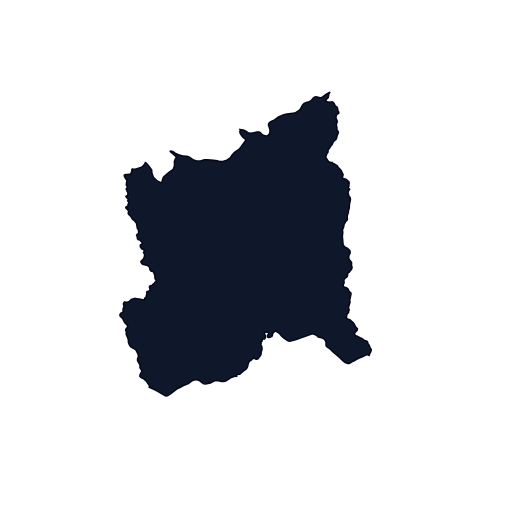 Murrupula, Nampula, Mozambique, rotated 225°
{"feature_id": "85939544B53018455745149", "entity_name": "Murrupula", "entity_type": "district", "adm_level": 2, "iso_a3": "MOZ", "parent_name": "Mozambique", "parent_adm1": "Nampula", "projection": "robinson", "projection_center": [38.672, -15.419], "detail": "fine", "context": "isolated", "style": "filled", "palette": "ink", "viewbox_px": 512, "rotation_deg": 225, "n_neighbors": 0, "source": "geoboundaries", "source_scale": "gbopen_adm2", "svg_char_len": 6151}
<svg xmlns="http://www.w3.org/2000/svg" viewBox="0 0 512 512"><g transform="rotate(225 256 256)"><path d="M319.5,424.3L320.8,419.9L321.4,415.3L322.0,413.6L326.1,411.1L326.9,409.9L327.2,408.5L326.9,404.6L327.7,402.2L329.1,399.9L329.9,397.7L329.8,395.6L328.4,390.7L328.6,388.8L329.3,385.6L329.8,384.4L334.9,377.8L336.4,375.2L338.5,370.1L339.2,364.9L340.6,361.4L340.8,359.3L340.5,358.2L339.7,357.4L335.7,355.3L334.0,353.8L332.8,351.9L332.9,349.3L333.5,348.1L336.3,346.5L337.8,346.2L340.4,346.3L341.7,345.7L342.9,344.5L345.5,340.3L347.9,337.8L351.8,337.0L354.1,336.1L356.8,334.1L355.9,333.7L355.2,332.3L353.8,331.5L349.8,330.7L345.6,331.1L345.1,330.8L343.4,320.0L344.5,313.9L344.3,310.3L343.6,307.5L344.4,303.0L346.4,299.2L348.9,296.9L351.1,295.7L354.8,292.8L358.4,289.7L360.6,287.5L362.6,283.7L365.0,281.3L368.4,279.6L372.6,278.9L374.2,278.3L375.3,277.7L378.6,274.9L382.4,272.8L385.9,271.5L388.2,271.2L389.6,270.6L390.7,269.7L390.5,269.2L382.1,269.8L381.9,268.1L380.5,265.0L378.3,263.1L377.1,261.4L375.9,258.9L375.9,258.2L376.7,253.6L377.2,246.8L376.9,245.5L374.9,241.9L374.7,241.1L375.7,240.3L379.2,239.2L384.1,239.1L388.2,241.0L390.7,243.1L395.2,243.8L399.5,244.1L400.3,243.8L399.7,242.4L399.5,238.3L402.3,232.7L403.8,230.8L405.0,230.1L405.0,229.5L403.7,228.1L403.2,226.6L402.7,226.2L402.6,225.1L406.1,221.0L406.3,220.0L405.7,219.4L402.6,218.4L401.0,218.5L398.0,214.5L395.9,214.0L395.5,213.5L395.2,211.6L394.5,211.2L393.8,211.3L393.0,210.6L391.8,210.4L390.8,209.7L389.4,207.8L390.2,206.6L389.9,206.0L386.3,205.7L385.8,205.3L385.7,204.2L384.3,204.2L383.4,203.7L383.1,202.1L381.9,200.8L382.6,198.9L382.4,198.2L381.9,197.9L379.0,197.9L377.0,197.2L376.9,196.1L375.7,195.4L372.6,195.5L369.3,194.7L366.9,195.0L363.6,194.6L359.4,191.6L357.9,191.5L355.4,189.5L355.0,188.2L355.4,187.0L355.0,186.1L353.4,185.5L352.3,184.5L350.9,184.2L349.8,185.1L346.6,185.1L345.1,184.3L345.0,183.1L345.6,182.5L345.6,181.9L344.0,180.6L341.6,180.2L341.0,180.9L338.8,180.9L338.3,180.2L338.0,178.9L335.6,178.2L334.0,175.8L333.5,174.0L333.6,171.0L332.7,170.1L330.8,169.9L330.0,170.1L326.3,172.4L324.5,172.9L323.0,172.5L321.5,171.4L320.6,171.2L319.6,171.1L317.7,172.2L316.8,172.1L313.4,170.5L312.4,169.3L311.0,168.5L308.9,168.0L308.6,167.4L308.9,165.9L308.6,165.1L308.9,162.8L308.7,162.0L308.9,161.1L309.4,160.8L309.8,160.0L309.7,159.1L309.1,158.4L307.1,157.4L306.9,156.7L307.0,154.9L307.8,154.1L307.8,153.1L306.7,152.5L305.4,150.2L304.8,149.6L304.8,147.2L304.0,146.7L303.9,146.0L304.3,145.5L308.8,142.6L309.7,141.7L311.6,140.5L313.5,137.1L313.4,134.5L313.8,133.1L314.9,131.6L316.5,130.5L316.5,129.9L316.2,128.8L315.3,127.9L313.9,127.3L312.4,124.3L310.7,122.9L310.5,121.2L311.1,120.3L311.0,118.8L310.2,117.7L309.3,117.4L306.0,117.5L301.9,116.1L298.3,116.0L297.1,115.7L296.6,114.8L296.2,112.0L295.7,111.4L293.6,110.4L292.7,109.0L287.8,106.9L286.0,105.7L285.5,104.9L283.4,103.9L281.5,103.3L279.8,103.3L275.8,104.5L274.2,104.6L269.8,103.1L268.0,101.7L267.1,99.6L265.7,98.2L260.9,96.9L259.0,94.9L256.2,94.4L255.2,93.7L254.1,90.2L253.3,89.0L252.8,88.7L250.9,88.9L248.5,89.8L244.9,89.9L240.4,89.1L238.9,88.4L238.7,87.7L231.9,90.2L221.0,93.1L220.1,94.0L219.5,95.6L219.0,97.8L217.9,106.3L216.7,109.4L215.6,113.3L213.6,118.0L213.0,122.5L211.7,125.2L210.4,126.5L208.3,127.8L202.9,128.5L201.1,129.9L198.5,133.8L197.0,138.6L194.9,140.8L191.5,143.0L189.9,144.7L188.9,146.4L187.7,152.3L186.2,155.5L184.6,157.3L185.4,158.1L185.5,159.1L184.3,160.3L183.8,161.3L183.6,165.4L183.0,169.3L183.5,171.3L185.9,175.4L186.2,177.7L185.7,178.5L185.8,180.9L185.2,182.2L182.7,183.2L181.9,184.7L182.6,189.3L183.7,191.1L184.3,191.6L185.5,193.9L186.9,195.4L188.4,196.3L189.9,196.6L190.7,198.0L191.6,198.5L191.5,200.0L192.6,201.8L192.4,202.4L191.5,203.0L191.3,203.6L191.4,204.3L193.1,206.3L195.7,207.3L195.9,207.9L195.0,209.4L193.9,210.3L192.5,210.5L192.1,210.2L191.8,208.1L190.8,206.8L190.0,206.9L189.0,207.7L187.9,210.3L188.2,211.4L189.3,212.7L189.5,215.6L189.2,216.6L187.8,217.3L187.2,217.2L185.0,217.8L181.0,217.5L177.8,217.7L173.9,218.5L172.0,219.4L168.8,224.8L161.5,240.2L160.8,241.1L158.6,242.2L156.5,242.7L154.6,242.7L151.6,244.7L149.2,245.5L147.5,245.3L145.7,244.7L143.5,242.5L142.7,242.0L141.6,242.0L137.4,242.7L134.0,242.6L126.1,243.3L119.8,243.4L117.6,243.7L114.9,245.0L113.9,246.3L113.3,249.3L112.5,251.2L111.2,256.1L109.5,259.9L108.1,264.2L106.8,265.4L105.7,265.7L106.4,267.0L107.2,269.6L108.2,271.3L111.0,271.9L112.1,272.7L114.9,273.2L116.1,274.0L117.2,274.2L119.9,272.9L123.1,272.5L123.8,272.0L128.0,270.8L129.2,269.9L130.9,270.4L131.5,271.1L131.9,271.8L131.9,274.9L132.7,276.1L133.2,276.3L135.2,276.3L139.2,277.5L141.1,277.6L142.4,277.3L143.8,277.5L147.1,276.1L148.6,276.3L149.3,277.5L150.4,278.8L150.6,281.5L151.4,282.3L151.7,283.4L152.2,283.9L153.7,284.5L154.6,285.6L156.9,289.9L158.5,291.0L162.0,296.4L163.0,297.0L165.4,296.7L166.4,297.4L167.8,297.8L169.7,297.5L171.7,296.3L173.1,296.5L174.0,297.4L174.8,299.5L176.4,300.6L177.1,301.9L177.3,303.2L176.9,305.0L177.1,306.2L177.4,306.8L178.8,308.5L179.0,309.2L178.6,310.3L179.1,314.3L180.2,316.1L181.6,316.7L184.0,319.1L187.4,319.4L188.9,320.0L190.6,321.9L191.5,324.6L192.9,325.9L193.7,326.2L196.8,326.1L199.4,325.2L202.3,325.5L209.0,331.1L210.9,333.6L212.3,334.9L213.1,335.1L214.6,338.6L216.1,340.6L216.9,343.8L217.0,346.2L219.8,348.8L221.6,352.3L222.5,353.1L223.9,355.8L227.0,359.2L227.3,360.0L229.4,363.0L231.1,364.0L233.0,364.0L233.8,364.9L235.4,365.5L236.7,367.7L237.0,369.4L239.1,369.6L239.6,370.2L239.7,371.2L240.2,371.3L241.5,373.3L242.8,374.2L246.4,374.0L249.2,372.5L250.3,372.3L251.9,375.1L256.3,376.7L260.6,376.8L262.1,377.3L265.8,376.5L266.8,375.9L268.3,376.0L269.0,375.2L271.1,374.1L272.5,374.2L276.5,375.1L277.0,375.4L277.2,376.5L278.1,378.1L278.6,380.5L279.2,381.1L279.8,381.3L280.7,386.2L281.1,387.0L280.9,388.5L282.2,391.6L281.9,394.5L282.1,395.7L283.9,398.9L285.0,401.5L286.4,402.3L288.2,402.4L289.2,403.7L292.2,405.7L293.6,408.6L297.5,410.4L298.7,412.5L298.9,413.6L298.4,415.3L298.8,415.9L299.3,416.3L301.3,416.8L302.3,417.8L303.7,418.6L306.2,418.2L308.7,419.1L310.3,419.2L311.1,418.9L312.7,416.9L314.6,415.3L316.4,415.1L317.0,416.3L316.9,419.0L319.1,422.2L319.5,424.3Z" fill="#0f172a" stroke="#020617" stroke-width="1.5"/></g></svg>